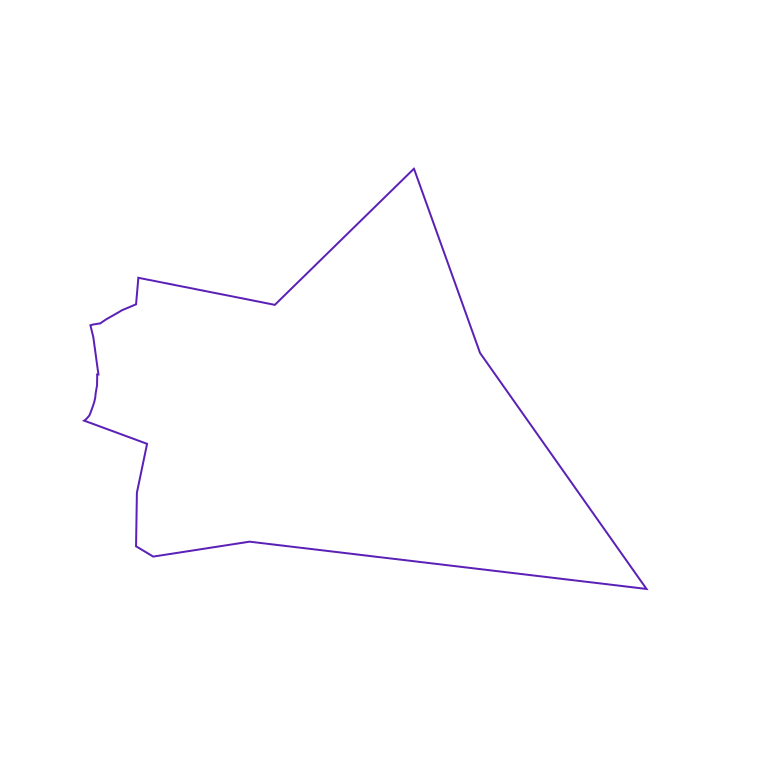 the district of Al-Hammam, Matruh, Egypt, rotated 282°
{"feature_id": "37247803B30384422366927", "entity_name": "Al-Hammam", "entity_type": "district", "adm_level": 2, "iso_a3": "EGY", "parent_name": "Egypt", "parent_adm1": "Matruh", "projection": "natural_earth1", "projection_center": [29.325, 29.822], "detail": "fine", "context": "isolated", "style": "outline", "palette": "violet", "viewbox_px": 768, "rotation_deg": 282, "n_neighbors": 0, "source": "geoboundaries", "source_scale": "gbopen_adm2", "svg_char_len": 856}
<svg xmlns="http://www.w3.org/2000/svg" viewBox="0 0 768 768"><g transform="rotate(282 384 384)"><path d="M436.8,121.6L436.4,121.7L410.4,124.9L401.7,112.4L399.2,109.7L391.1,100.6L389.3,98.6L389.2,98.5L388.0,97.4L387.3,96.7L385.0,94.5L384.3,93.7L384.2,93.7L383.6,91.9L382.9,90.2L382.5,89.2L382.4,88.8L382.0,87.7L380.4,84.6L370.9,89.2L369.2,90.0L368.9,90.1L333.9,102.7L333.6,101.4L331.3,102.0L326.5,102.9L323.0,103.6L315.0,103.9L310.4,104.4L305.6,104.3L300.6,103.7L294.3,102.8L292.3,102.4L291.9,102.3L291.5,102.1L289.8,101.2L287.3,99.7L285.8,98.3L276.2,164.7L226.3,164.9L173.7,175.2L167.2,194.1L201.8,285.2L238.1,683.4L245.3,675.6L434.3,471.5L490.2,437.0L534.5,409.6L600.6,368.7L600.8,368.5L494.0,297.5L474.7,284.7L462.6,276.6L438.9,260.9L438.7,260.7L438.7,259.9L438.7,259.5L436.8,121.6L436.8,121.6Z" fill="none" stroke="#5b21b6" stroke-width="2"/></g></svg>